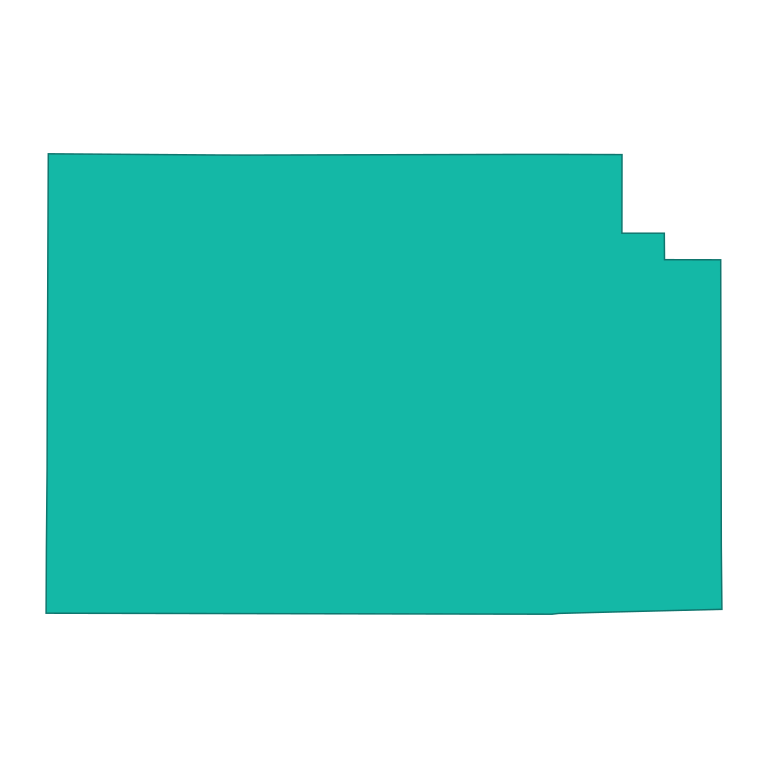 the district of Clinton, Indiana, United States of America
{"feature_id": "52423323B28494216469443", "entity_name": "Clinton", "entity_type": "district", "adm_level": 2, "iso_a3": "USA", "parent_name": "United States of America", "parent_adm1": "Indiana", "projection": "robinson", "projection_center": [-86.427, 40.305], "detail": "fine", "context": "isolated", "style": "filled", "palette": "teal", "viewbox_px": 768, "rotation_deg": 0, "n_neighbors": 0, "source": "geoboundaries", "source_scale": "gbopen_adm2", "svg_char_len": 367}
<svg xmlns="http://www.w3.org/2000/svg" viewBox="0 0 768 768"><path d="M721.3,545.8L720.7,259.8L664.5,259.7L664.3,233.2L621.9,233.2L622.0,154.6L551.2,154.4L523.0,154.4L243.6,155.1L217.6,155.0L48.3,153.8L47.3,391.1L47.1,469.0L46.4,548.5L46.1,613.2L551.9,614.2L558.8,613.4L608.4,612.1L721.9,609.3L721.3,545.8Z" fill="#14b8a6" stroke="#0f766e" stroke-width="1.5"/></svg>